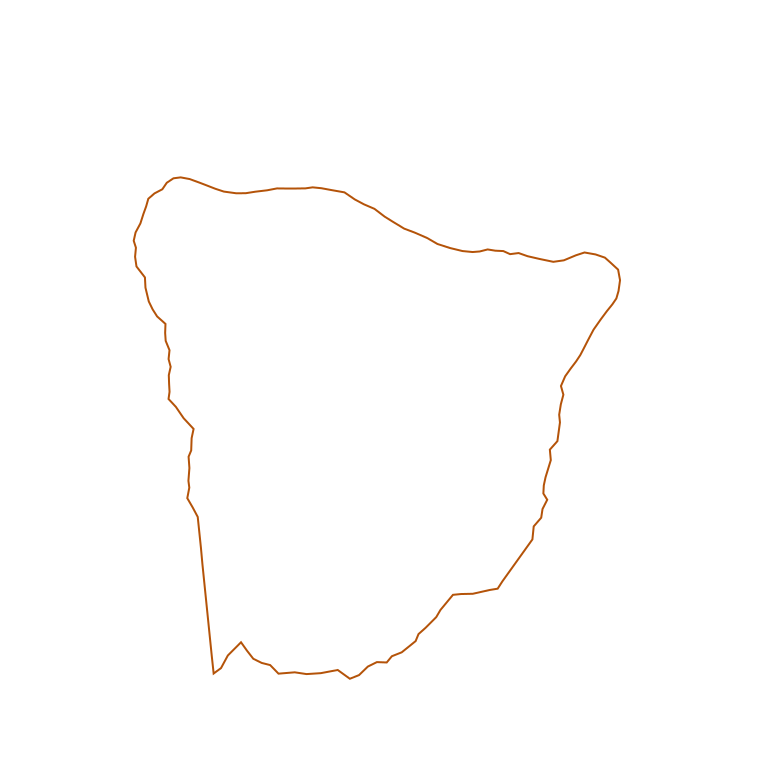 the district of Maragogi, Alagoas, Brazil, rotated 250°
{"feature_id": "56859067B32459964326416", "entity_name": "Maragogi", "entity_type": "district", "adm_level": 2, "iso_a3": "BRA", "parent_name": "Brazil", "parent_adm1": "Alagoas", "projection": "albers", "projection_center": [-35.259, -8.967], "detail": "fine", "context": "isolated", "style": "outline", "palette": "amber", "viewbox_px": 768, "rotation_deg": 250, "n_neighbors": 0, "source": "geoboundaries", "source_scale": "gbopen_adm2", "svg_char_len": 1966}
<svg xmlns="http://www.w3.org/2000/svg" viewBox="0 0 768 768"><g transform="rotate(250 384 384)"><path d="M170.2,124.9L172.8,133.7L182.3,144.4L190.2,161.3L180.4,164.0L170.5,167.2L163.7,173.7L158.8,180.9L147.9,185.8L143.6,201.5L137.9,212.0L133.9,225.7L131.1,242.7L118.7,251.1L119.0,261.0L124.0,272.2L125.1,282.2L121.4,291.3L125.5,298.3L125.8,308.9L131.6,325.8L137.2,330.9L140.6,339.5L147.1,353.4L152.4,359.8L162.3,376.7L160.3,384.5L156.5,395.7L154.3,412.8L152.8,420.8L158.1,427.8L187.2,470.3L199.0,476.0L204.6,486.0L212.3,490.2L219.4,497.8L226.6,496.3L234.1,499.5L241.1,503.9L255.4,514.7L265.6,517.4L271.0,527.4L287.7,536.2L295.2,538.1L304.4,543.2L312.6,548.9L321.6,549.6L329.3,556.9L334.6,564.6L339.5,572.2L344.0,578.3L349.3,584.1L355.7,591.0L363.4,599.5L370.6,609.8L376.2,618.3L380.8,625.9L384.9,631.6L391.2,636.2L400.8,641.3L411.4,643.1L420.9,638.2L427.2,634.8L433.4,627.1L439.0,617.4L439.3,608.3L438.7,595.3L440.9,584.9L448.2,573.1L455.0,562.6L461.0,555.3L462.9,546.9L468.1,541.6L471.2,534.2L475.0,527.4L475.8,519.3L477.7,512.4L482.1,503.2L489.3,492.4L497.3,482.1L506.4,474.5L515.9,464.5L523.1,456.1L533.7,447.6L541.0,441.9L551.9,434.9L559.7,426.6L567.4,419.7L577.6,412.4L584.0,401.3L589.4,392.1L593.2,384.2L594.7,377.1L598.1,367.3L601.2,358.8L604.4,350.3L606.0,340.4L608.7,328.9L610.6,319.2L613.9,310.1L619.6,299.3L625.2,292.2L631.0,285.6L636.3,279.5L643.1,271.4L647.7,263.6L649.3,256.5L647.4,248.7L642.8,242.3L641.6,233.5L638.7,225.9L632.2,221.2L626.1,216.1L618.2,210.0L611.4,202.4L604.2,197.8L596.9,197.5L588.7,193.6L579.1,191.6L565.9,195.8L556.1,192.8L542.0,191.2L533.3,192.1L525.1,193.9L515.2,199.2L506.8,195.8L499.2,193.6L489.1,194.0L481.1,190.1L473.1,189.4L465.9,184.8L457.6,182.1L450.0,179.8L443.6,176.4L433.7,180.6L420.4,184.0L406.9,189.7L398.9,184.7L387.5,180.1L382.5,175.5L371.6,172.4L359.9,167.1L353.2,165.6L344.0,160.1L333.4,162.0L322.8,163.5L292.5,155.9L276.6,151.7L187.6,129.2L170.2,124.9Z" fill="none" stroke="#b45309" stroke-width="2"/></g></svg>